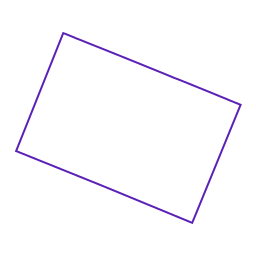 outline of Fillmore, Minnesota, United States of America, rotated 202°
{"feature_id": "52423323B25501231603720", "entity_name": "Fillmore", "entity_type": "district", "adm_level": 2, "iso_a3": "USA", "parent_name": "United States of America", "parent_adm1": "Minnesota", "projection": "orthographic", "projection_center": [-92.041, 43.674], "detail": "fine", "context": "isolated", "style": "outline", "palette": "violet", "viewbox_px": 256, "rotation_deg": 202, "n_neighbors": 0, "source": "geoboundaries", "source_scale": "gbopen_adm2", "svg_char_len": 522}
<svg xmlns="http://www.w3.org/2000/svg" viewBox="0 0 256 256"><g transform="rotate(202 128 128)"><path d="M32.9,69.3L32.3,191.7L43.0,191.7L43.7,191.7L48.5,191.8L53.7,191.8L77.6,191.9L78.0,191.9L98.9,191.9L104.2,191.8L124.2,191.9L127.9,191.9L130.6,191.9L165.2,191.9L167.3,191.9L191.5,191.8L198.5,191.8L203.2,191.8L203.8,191.8L210.6,191.7L211.0,191.8L215.4,191.8L221.5,191.8L222.0,191.8L222.8,191.7L223.6,191.7L223.6,190.4L223.1,64.7L130.8,64.8L33.0,64.1L32.9,69.3Z" fill="none" stroke="#5b21b6" stroke-width="2"/></g></svg>